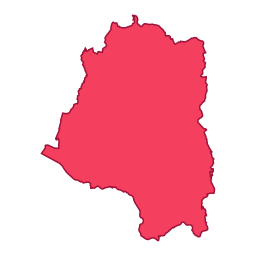 Barsesti, Vrancea, Romania (Mercator projection)
{"feature_id": "2599482B14345324048556", "entity_name": "Barsesti", "entity_type": "district", "adm_level": 2, "iso_a3": "ROU", "parent_name": "Romania", "parent_adm1": "Vrancea", "projection": "mercator", "projection_center": [26.754, 45.917], "detail": "fine", "context": "isolated", "style": "filled", "palette": "rose", "viewbox_px": 256, "rotation_deg": 0, "n_neighbors": 0, "source": "geoboundaries", "source_scale": "gbopen_adm2", "svg_char_len": 5784}
<svg xmlns="http://www.w3.org/2000/svg" viewBox="0 0 256 256"><path d="M202.6,231.2L206.0,230.5L207.5,229.7L207.7,228.9L207.7,227.9L207.1,226.2L205.9,224.0L206.5,222.6L205.5,221.9L205.3,220.7L205.2,219.8L205.5,219.3L205.2,218.9L204.9,216.6L205.1,215.9L205.6,215.3L206.4,215.6L206.3,214.2L205.9,214.0L205.6,213.2L205.7,211.2L205.5,210.7L205.4,209.6L203.4,208.0L203.3,207.1L202.7,206.7L202.1,207.3L202.2,208.5L202.0,208.8L201.7,207.9L201.7,204.2L202.1,202.9L201.7,201.4L201.8,200.7L203.5,198.2L207.0,196.6L207.7,195.3L207.0,194.2L211.5,192.9L212.5,193.4L214.0,193.1L214.5,190.2L214.4,188.5L211.1,181.9L211.0,180.2L211.4,177.7L211.3,176.9L210.3,176.7L210.3,175.9L210.5,175.7L211.7,176.1L212.5,175.2L212.3,174.5L210.6,174.2L210.1,173.8L209.9,173.5L209.8,172.3L210.5,171.5L212.1,172.8L212.4,172.8L213.3,171.0L213.1,168.9L212.7,169.1L212.7,169.5L212.3,169.9L212.1,169.8L212.0,169.2L212.2,168.8L211.3,168.7L210.6,167.6L211.3,166.5L212.7,165.2L212.7,164.3L213.6,163.0L213.2,161.7L213.2,160.7L213.0,160.0L213.8,159.0L213.4,158.3L212.4,157.9L211.9,156.9L211.7,154.8L211.0,153.6L211.9,151.9L211.3,151.2L211.3,151.7L210.6,151.8L210.7,150.1L209.1,147.8L208.6,146.2L207.9,145.1L207.2,143.5L207.2,142.1L206.8,141.1L206.9,139.5L206.3,138.5L205.6,135.8L204.3,133.1L204.3,132.5L204.6,131.7L205.4,130.5L206.5,130.0L206.5,129.5L205.3,128.8L203.8,128.5L203.1,128.0L197.7,122.0L198.2,119.7L200.0,118.1L201.2,117.5L202.3,116.5L202.6,116.0L202.4,114.3L201.6,111.8L201.6,111.3L199.8,109.2L199.9,108.5L199.7,107.9L199.8,105.7L201.7,103.9L202.3,102.8L204.6,101.0L204.4,100.6L204.5,100.1L205.6,97.6L205.5,94.6L207.1,90.5L206.7,89.4L206.8,88.1L206.5,87.2L206.5,86.5L207.1,85.3L207.1,84.8L205.6,82.3L205.5,81.9L206.2,78.1L206.2,76.7L204.8,77.1L202.8,77.0L202.1,77.0L200.6,76.0L201.4,74.8L202.7,73.8L202.5,70.3L203.0,69.4L203.7,68.9L204.1,68.1L205.0,67.3L205.0,64.4L205.5,62.9L203.4,61.1L204.4,59.3L204.4,58.7L203.2,55.4L203.3,53.4L205.7,52.7L204.2,49.9L203.7,48.1L203.0,46.7L202.9,45.5L203.4,44.3L203.7,42.9L203.1,41.7L202.5,41.1L201.0,40.9L198.4,39.7L196.2,37.7L194.1,37.6L192.5,38.3L191.3,38.3L190.3,39.2L186.3,41.5L184.3,41.8L180.5,41.3L180.3,42.1L180.0,42.3L178.5,42.1L177.8,42.8L175.0,44.1L174.1,43.2L173.6,41.6L173.1,41.0L172.6,38.9L172.0,38.7L171.6,39.2L171.0,39.2L170.3,38.4L170.2,36.6L169.4,35.9L167.4,35.6L166.2,36.0L165.6,35.7L165.4,35.5L165.3,32.8L165.1,32.4L163.9,31.6L163.4,30.2L163.0,29.7L161.1,28.2L158.8,25.8L156.3,25.0L153.8,24.7L152.8,24.2L148.5,24.5L147.1,23.9L145.5,24.0L144.6,23.7L143.5,24.3L141.8,26.5L140.9,26.5L137.5,23.6L137.3,23.2L137.3,21.5L137.7,19.7L137.7,19.0L137.3,17.7L136.4,16.2L134.3,15.4L133.7,15.6L132.6,15.4L132.6,15.9L134.1,16.9L133.4,18.0L133.6,18.4L134.2,18.7L133.7,19.0L133.2,19.8L134.2,19.7L134.4,19.9L134.5,20.6L134.3,21.4L134.4,22.0L134.3,22.5L133.6,23.3L132.7,23.6L132.4,24.8L131.3,25.9L130.2,26.0L126.0,27.6L122.4,27.9L120.5,27.2L119.6,27.1L119.3,27.0L119.2,26.4L117.7,26.1L117.2,24.1L116.7,23.0L114.4,23.0L113.1,22.2L112.7,22.5L111.9,23.8L111.4,25.5L111.1,26.8L110.9,29.7L109.3,31.7L108.9,32.7L108.3,33.0L108.0,33.7L107.1,34.4L106.9,35.1L106.2,35.8L105.0,38.0L105.1,38.7L105.5,39.6L105.5,40.0L104.6,42.3L106.2,44.2L106.5,45.6L105.9,46.7L104.0,47.8L102.9,48.8L102.7,49.3L102.8,50.2L102.4,51.1L102.5,51.9L102.2,52.5L99.0,51.7L97.9,51.9L97.6,53.0L97.1,53.9L94.2,52.5L93.4,52.2L92.6,48.1L88.6,49.9L87.8,51.1L87.1,51.3L86.8,50.9L86.2,50.7L86.2,50.4L86.0,50.5L86.2,49.5L85.3,48.2L84.5,50.4L83.8,50.9L84.0,51.6L82.8,52.4L82.7,53.0L82.9,53.8L81.2,55.4L81.2,56.6L81.6,57.4L81.5,58.7L81.2,59.3L81.7,60.0L81.7,60.5L83.3,62.1L83.3,62.7L82.6,64.9L83.9,66.0L83.7,66.6L85.0,69.2L85.1,70.6L85.9,71.9L86.3,73.4L87.1,74.5L87.2,75.3L87.0,75.7L86.1,75.7L86.0,76.0L86.3,76.9L84.7,78.1L84.7,79.6L84.4,80.5L83.7,81.2L84.3,81.8L84.3,82.4L82.5,83.4L82.1,84.1L82.0,85.0L81.1,86.8L81.2,88.6L80.8,88.9L79.5,88.8L79.4,88.9L79.5,89.5L79.1,90.3L78.6,90.6L78.3,91.1L79.0,94.1L78.8,95.0L77.6,95.9L77.6,97.8L77.2,98.8L77.2,99.4L78.1,100.3L77.7,103.5L75.5,103.8L73.8,104.8L73.2,107.5L70.9,109.7L70.1,111.6L68.9,113.1L65.9,113.7L62.8,113.1L60.7,120.3L61.0,121.1L59.0,128.9L59.6,129.0L58.6,131.9L55.7,138.6L56.1,139.6L56.7,139.9L57.5,138.2L58.2,138.3L58.7,139.1L58.7,140.3L59.2,141.7L58.7,144.1L58.8,145.9L58.6,147.2L58.8,148.1L57.8,148.4L54.3,148.0L47.7,145.0L47.1,145.3L45.7,145.2L45.3,145.5L45.4,146.9L45.2,148.1L41.5,153.5L59.9,163.5L62.3,166.0L64.2,169.0L66.5,172.2L73.7,178.9L75.5,179.9L77.4,179.9L80.4,181.8L80.9,181.5L81.6,181.6L83.2,182.9L87.9,182.1L89.3,182.5L90.5,183.6L90.3,185.4L91.0,186.9L90.7,187.6L90.8,188.2L91.4,188.1L92.0,188.3L93.0,187.9L94.3,188.2L97.5,186.1L99.0,186.8L101.7,188.9L102.3,189.0L103.8,188.6L105.0,187.8L108.9,187.0L109.7,186.4L110.9,187.3L111.6,186.9L112.3,187.8L113.0,187.0L113.8,187.5L114.8,187.0L115.5,187.4L116.1,187.5L116.8,188.6L118.0,189.5L121.1,190.2L123.8,192.0L124.7,191.4L125.3,191.4L126.8,192.6L128.3,193.4L128.7,194.2L129.7,195.0L132.0,195.6L133.4,197.5L133.8,200.0L135.2,203.1L139.6,210.0L140.1,211.8L139.8,215.0L139.9,216.3L140.9,217.7L142.3,218.1L143.2,219.6L143.4,221.0L143.1,222.4L142.7,223.0L141.9,223.8L140.1,224.5L139.9,224.8L139.6,227.1L138.9,229.2L139.1,230.9L140.6,233.3L140.9,234.1L140.9,235.3L141.1,235.7L145.9,239.0L146.9,239.4L148.3,239.5L151.9,237.9L153.8,237.9L156.1,239.1L157.7,240.6L158.5,240.5L158.9,238.9L159.0,237.8L158.4,236.4L158.5,236.0L160.0,236.5L160.8,235.7L161.9,235.6L162.9,235.8L164.2,235.5L166.0,233.1L167.1,232.5L168.8,231.2L169.4,230.4L170.5,229.7L171.9,228.0L172.6,227.6L173.6,227.9L174.4,227.0L177.6,225.4L180.3,224.6L182.0,222.2L184.0,222.2L185.9,224.5L186.8,225.1L189.8,224.8L191.4,225.3L192.1,226.2L192.6,227.6L192.5,228.6L191.9,230.3L193.2,231.5L193.4,233.0L195.4,235.3L197.1,236.0L198.1,236.8L199.8,236.6L200.2,236.0L200.5,234.3L201.5,232.4L202.6,231.2Z" fill="#f43f5e" stroke="#9f1239" stroke-width="1.5"/></svg>